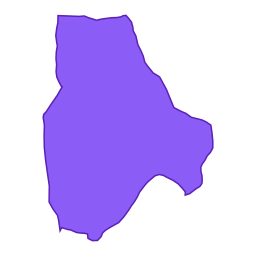 the border of Mizdah
{"feature_id": "LBY-2976", "entity_name": "Mizdah", "entity_type": "Municipality", "adm_level": 1, "iso_a3": "LBY", "parent_name": "Libya", "parent_adm1": "", "projection": "albers", "projection_center": [13.169, 30.372], "detail": "fine", "context": "isolated", "style": "filled", "palette": "violet", "viewbox_px": 256, "rotation_deg": 0, "n_neighbors": 0, "source": "natural_earth", "source_scale": "10m", "svg_char_len": 1468}
<svg xmlns="http://www.w3.org/2000/svg" viewBox="0 0 256 256"><path d="M104.8,18.6L111.9,17.7L116.2,17.6L121.3,16.8L123.0,15.7L126.0,15.4L128.4,18.1L131.5,22.1L132.9,27.4L133.2,30.8L135.9,36.0L137.8,44.5L140.9,50.7L143.2,56.0L144.8,62.2L147.7,66.2L153.1,72.9L156.2,74.8L159.0,76.5L159.9,77.4L166.5,89.6L171.1,100.9L173.9,107.6L181.2,111.4L185.9,113.4L191.4,117.3L202.4,120.1L206.3,122.0L206.6,122.2L210.9,125.2L212.1,133.9L212.8,141.2L212.8,147.9L210.4,152.4L207.2,155.9L206.6,157.0L205.1,160.0L202.1,164.2L200.8,167.4L201.0,171.8L202.0,175.8L202.2,180.5L201.9,183.5L199.9,186.4L195.9,188.9L189.6,193.7L185.2,195.1L185.3,191.9L182.6,188.6L178.4,184.0L173.0,180.3L166.4,177.1L163.4,175.4L159.3,174.5L155.0,175.8L149.4,180.5L146.7,183.0L143.6,186.8L139.6,192.1L137.2,197.1L134.7,201.3L131.6,205.5L128.7,210.1L124.0,216.6L118.7,222.6L113.0,225.7L108.6,228.3L105.7,230.1L102.7,232.8L101.0,236.8L97.5,240.5L92.4,240.6L88.0,238.4L87.5,233.9L84.4,233.3L80.3,233.0L76.6,232.5L70.5,229.9L68.1,229.6L61.7,227.6L60.1,230.7L58.6,220.2L57.5,215.3L53.0,209.0L49.1,202.0L49.3,185.8L47.5,173.5L45.6,160.1L44.3,147.2L44.1,135.3L44.4,125.1L43.2,117.6L43.7,114.4L46.3,111.6L50.5,105.1L57.3,95.3L62.2,86.7L61.3,86.3L58.8,81.6L56.8,77.0L56.1,71.8L56.6,64.5L56.0,58.7L56.3,51.8L57.3,46.0L56.6,41.8L55.8,35.6L56.7,28.3L57.9,22.4L58.0,15.6L71.7,16.1L79.0,16.4L84.4,16.0L88.7,17.8L92.8,19.0L96.5,20.2L98.4,19.8L100.8,19.2L104.8,18.6Z" fill="#8b5cf6" stroke="#5b21b6" stroke-width="1.5"/></svg>